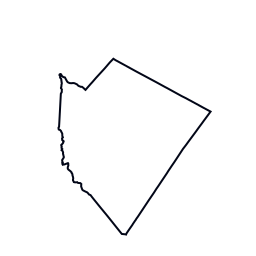 the district of Igembe North, Eastern, Kenya, rotated 53°
{"feature_id": "3690345B95296214722814", "entity_name": "Igembe North", "entity_type": "district", "adm_level": 2, "iso_a3": "KEN", "parent_name": "Kenya", "parent_adm1": "Eastern", "projection": "mercator", "projection_center": [37.925, 0.489], "detail": "fine", "context": "isolated", "style": "outline", "palette": "ink", "viewbox_px": 256, "rotation_deg": 53, "n_neighbors": 0, "source": "geoboundaries", "source_scale": "gbopen_adm2", "svg_char_len": 4307}
<svg xmlns="http://www.w3.org/2000/svg" viewBox="0 0 256 256"><g transform="rotate(53 128 128)"><path d="M211.9,193.7L211.2,192.4L210.5,190.4L210.1,189.2L209.6,187.7L208.1,183.1L207.8,182.3L207.6,181.9L206.3,178.1L206.2,177.6L205.5,175.9L204.8,173.6L198.2,154.9L195.3,146.3L193.8,142.3L193.5,141.5L193.3,140.8L192.5,138.4L190.6,133.0L188.7,127.5L187.3,123.5L187.0,122.8L186.7,122.0L186.4,121.2L185.9,119.7L184.5,115.7L183.2,111.8L182.1,108.7L178.7,99.2L177.8,96.7L176.7,92.7L176.3,91.3L175.4,88.4L171.8,76.2L170.4,71.7L168.7,65.9L167.8,63.0L166.3,57.9L164.6,52.2L156.3,56.0L144.8,61.2L144.3,61.4L143.5,61.8L142.0,62.5L139.1,63.8L134.9,65.9L119.1,73.0L118.1,73.5L108.8,77.7L97.1,83.1L92.6,85.2L87.6,87.5L72.5,94.3L68.3,96.2L66.4,97.1L63.9,98.0L64.7,103.1L66.4,110.8L68.7,123.3L69.8,128.4L70.1,129.9L70.3,131.1L71.2,135.4L72.0,139.0L71.6,139.1L71.3,139.2L70.9,139.2L70.4,139.3L69.8,139.4L69.4,139.4L69.0,139.5L68.0,139.8L67.5,139.9L67.3,140.1L66.6,141.0L66.2,141.2L65.8,141.4L65.1,141.9L64.6,142.1L64.1,142.3L63.2,142.4L62.7,142.4L62.3,142.6L60.9,143.3L60.4,143.6L59.9,143.9L59.6,144.2L59.2,144.6L59.0,145.0L58.7,145.3L58.4,145.9L58.1,146.3L57.7,146.8L57.4,147.1L57.0,147.6L56.4,147.9L56.0,148.2L55.6,148.3L55.1,148.6L54.5,148.6L54.0,148.6L53.2,148.5L52.6,148.4L51.7,148.3L51.1,148.2L50.6,148.1L50.1,148.0L49.8,148.0L49.5,148.0L49.1,148.4L48.8,148.7L48.6,148.9L48.3,149.1L48.0,149.1L47.6,149.2L47.3,149.3L47.0,149.4L46.6,149.4L46.0,149.4L45.5,149.3L45.1,149.1L44.7,149.2L44.3,149.4L44.1,149.8L44.1,150.5L44.4,150.8L44.7,151.0L45.3,151.0L45.8,151.1L46.3,151.2L46.7,151.5L46.9,151.9L47.4,151.9L47.9,151.9L48.4,151.8L48.7,151.9L49.1,152.1L49.4,152.2L49.8,152.4L50.1,152.8L50.7,153.0L51.1,153.2L51.4,153.5L51.8,153.6L52.1,153.7L52.5,154.0L53.0,154.5L53.2,154.9L53.5,155.1L53.8,155.4L54.1,155.7L54.4,155.9L54.6,156.2L55.1,156.5L55.3,157.0L55.6,157.4L55.9,157.6L56.4,157.5L56.8,157.6L57.2,157.6L57.6,157.7L57.8,158.0L58.3,158.4L58.8,158.7L59.1,159.1L59.4,159.4L59.7,159.6L59.8,160.2L60.0,160.6L60.2,161.0L83.4,180.5L84.9,181.8L85.3,182.1L85.6,182.4L85.8,183.1L86.1,183.5L86.5,183.7L86.9,183.9L87.2,184.1L87.5,184.2L88.0,184.0L88.4,183.6L89.0,183.4L89.5,183.4L90.0,183.3L90.5,183.4L90.9,183.6L91.2,183.6L91.9,183.7L92.4,183.8L92.9,183.9L93.4,184.2L93.9,184.6L94.3,184.9L94.7,185.1L95.1,185.4L95.5,185.5L96.0,185.5L96.3,185.6L96.4,186.0L96.3,186.3L96.5,186.6L96.7,187.0L97.1,187.2L97.5,187.5L97.8,187.6L98.1,187.8L98.4,187.7L98.9,187.5L99.2,187.4L99.5,187.3L100.0,187.5L100.1,188.2L100.4,188.4L100.7,188.5L100.9,189.0L101.1,189.6L101.1,190.0L101.3,190.4L101.3,190.9L101.3,191.4L101.6,191.7L102.0,191.9L102.4,191.9L102.8,192.0L103.0,192.3L103.3,192.7L103.7,192.8L104.2,193.0L104.5,193.3L104.9,193.2L105.2,193.1L105.4,193.3L105.6,193.6L105.5,194.0L105.7,194.4L106.1,194.3L106.6,194.2L107.0,194.1L107.5,194.2L107.9,194.4L108.3,194.5L108.7,194.7L109.0,195.0L109.3,195.3L109.6,195.5L109.9,195.6L110.3,195.7L110.7,195.9L111.1,196.1L111.4,196.3L111.9,196.4L112.3,196.6L112.7,196.8L113.0,197.3L113.2,197.7L113.3,198.1L113.5,198.6L113.7,199.1L113.8,199.5L114.0,199.9L114.3,200.1L114.6,200.3L115.0,200.4L115.4,200.7L116.0,200.8L115.9,201.2L116.2,201.5L116.7,201.6L117.1,201.9L117.3,201.7L117.7,202.1L118.1,202.2L118.3,201.7L118.4,201.2L118.8,200.8L118.9,200.5L119.9,197.1L120.4,197.1L120.7,197.3L121.1,197.7L121.7,197.9L122.0,198.2L122.3,198.6L122.6,199.0L122.9,199.5L123.3,199.9L123.7,200.2L124.0,200.4L124.3,200.6L124.9,200.6L125.4,200.6L125.8,200.5L126.2,200.4L126.5,200.3L126.9,200.2L127.4,200.1L127.9,199.9L128.3,199.9L128.8,199.9L129.1,199.8L129.6,199.8L130.0,200.1L130.4,200.1L130.9,200.1L131.5,200.2L131.8,200.5L132.1,200.7L132.7,200.9L133.1,201.1L133.8,201.3L134.2,201.5L134.6,201.7L135.0,201.9L135.4,202.2L135.7,202.5L136.0,202.9L136.5,203.3L136.9,203.5L137.2,203.5L137.9,203.6L138.6,203.8L139.0,203.5L139.4,203.1L140.2,202.1L140.5,201.6L140.7,201.2L141.1,201.2L141.7,201.0L142.2,200.5L142.5,200.2L143.2,199.3L143.5,199.2L144.0,199.1L144.6,199.0L146.5,200.6L149.7,201.6L150.0,201.6L150.4,201.5L150.8,201.4L153.3,200.2L153.8,199.9L154.2,199.7L154.7,199.4L155.2,199.3L155.7,199.2L156.1,199.2L157.8,199.1L159.0,198.3L159.4,198.3L161.8,198.3L165.3,198.2L173.8,197.9L180.9,197.6L182.8,197.5L188.4,197.3L199.5,197.0L206.2,196.8L208.9,196.7L211.4,194.0L211.9,193.7Z" fill="none" stroke="#020617" stroke-width="2"/></g></svg>